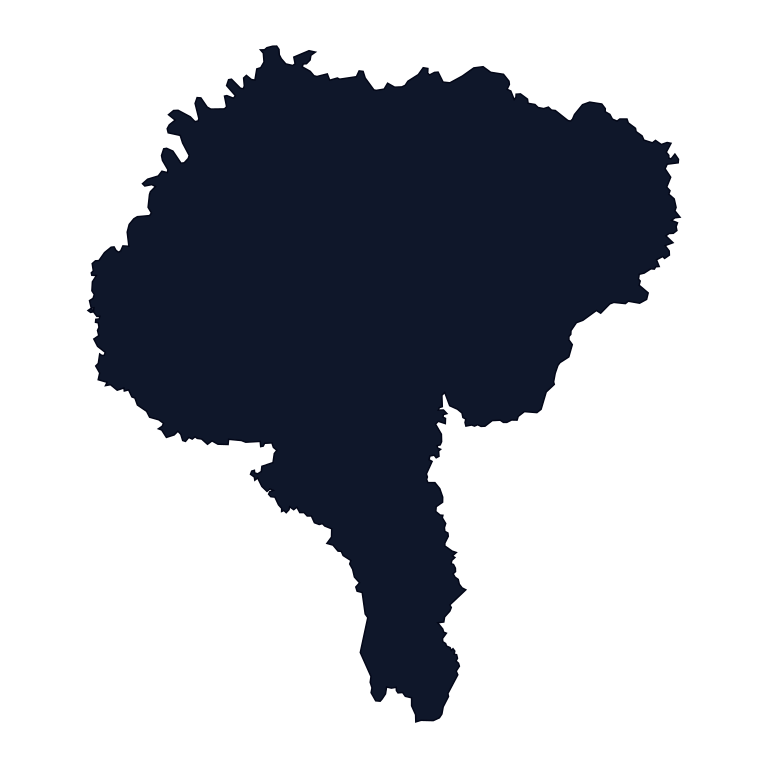 outline of Doverlândia, Goiás, Brazil
{"feature_id": "56859067B97324258200448", "entity_name": "Doverlândia", "entity_type": "district", "adm_level": 2, "iso_a3": "BRA", "parent_name": "Brazil", "parent_adm1": "Goiás", "projection": "albers", "projection_center": [-52.503, -16.899], "detail": "fine", "context": "isolated", "style": "filled", "palette": "ink", "viewbox_px": 768, "rotation_deg": 0, "n_neighbors": 0, "source": "geoboundaries", "source_scale": "gbopen_adm2", "svg_char_len": 6015}
<svg xmlns="http://www.w3.org/2000/svg" viewBox="0 0 768 768"><path d="M91.3,272.8L91.8,275.3L96.4,275.5L92.4,281.8L91.9,290.8L94.3,294.5L93.0,298.4L89.5,300.6L91.3,308.2L93.9,307.7L93.5,311.8L96.9,316.4L99.9,316.3L99.1,319.0L95.8,319.3L95.5,322.3L98.2,322.8L99.0,327.3L97.5,330.4L98.8,335.6L93.8,339.0L97.6,346.4L105.2,352.3L104.3,355.3L101.9,355.5L99.7,354.0L98.3,363.4L95.7,366.0L99.7,373.0L98.2,379.7L107.1,382.3L105.5,385.6L110.5,384.7L117.2,390.2L123.9,388.0L124.3,391.0L128.6,389.9L131.9,396.9L134.9,398.0L137.4,405.0L146.6,411.3L149.6,417.2L158.8,419.8L163.5,423.3L162.2,426.2L158.4,428.8L161.7,430.0L166.4,437.4L174.2,434.9L177.9,431.2L180.8,434.3L182.7,440.5L185.5,441.4L188.8,437.4L192.2,439.1L195.1,436.8L197.2,438.4L201.6,439.0L207.5,444.3L212.0,440.9L217.9,444.2L228.1,444.5L228.6,439.3L241.4,440.5L245.7,442.2L260.2,441.4L260.7,446.6L263.2,446.1L264.6,443.3L271.9,442.9L273.4,447.4L276.9,450.3L274.3,453.5L273.0,462.6L261.9,466.3L261.3,471.5L257.7,473.8L254.7,472.9L254.4,470.3L251.7,471.1L250.5,474.3L254.3,477.0L254.8,480.2L257.7,478.0L261.9,486.5L267.0,491.4L270.0,488.9L273.4,490.4L269.7,491.8L268.6,494.2L270.8,496.7L274.9,497.1L278.5,504.8L281.7,508.4L281.6,511.5L284.0,510.5L286.2,512.7L289.0,509.7L289.6,506.7L293.7,509.7L296.9,507.2L299.8,512.6L304.1,512.6L307.2,516.0L311.4,516.0L314.4,522.7L319.2,524.5L322.4,523.6L324.7,526.0L331.7,528.8L331.5,537.1L326.9,543.4L333.0,545.1L338.0,551.1L341.3,551.4L343.1,555.5L350.9,560.5L349.7,564.0L352.6,569.2L354.4,577.0L359.6,582.8L355.8,587.0L357.1,591.2L362.2,592.5L365.2,614.0L367.8,617.6L360.3,652.5L371.0,676.5L370.2,682.3L372.0,687.8L371.1,692.7L375.7,700.8L380.2,701.2L382.1,699.0L385.5,693.9L386.6,687.0L391.4,688.1L396.2,687.3L396.4,690.6L398.0,692.9L402.6,692.5L405.3,696.3L411.6,697.8L411.6,705.8L415.6,714.7L415.8,721.9L421.0,720.3L433.3,720.6L439.4,717.8L441.9,714.0L443.2,706.8L448.5,696.5L447.9,693.5L457.8,674.8L456.2,671.1L459.4,666.2L458.5,663.2L456.0,661.0L457.5,658.3L456.6,654.7L454.1,654.2L454.8,651.1L453.0,648.7L451.3,650.5L450.1,647.6L446.6,646.1L445.6,643.5L442.8,641.7L442.5,638.5L446.4,633.2L443.6,632.1L442.8,629.1L437.7,622.8L443.8,622.0L444.6,617.0L449.8,611.2L451.3,607.5L449.8,604.9L465.8,589.8L462.1,587.9L459.3,584.2L458.2,579.4L455.1,577.2L453.1,573.8L455.5,571.6L455.4,568.2L453.5,564.5L451.2,563.7L451.8,560.4L454.9,557.5L452.4,555.9L456.3,552.5L452.1,551.1L444.8,545.9L444.9,543.0L448.3,536.3L447.9,533.0L444.9,531.4L444.4,527.7L445.7,523.5L442.3,517.8L442.9,515.3L440.2,515.1L435.8,511.5L436.2,506.7L442.6,502.2L442.7,497.1L439.8,488.7L434.9,482.6L427.9,482.6L426.6,479.4L427.4,477.0L426.4,473.9L432.1,461.4L429.0,459.7L429.9,456.0L434.2,455.2L436.2,457.8L439.0,456.3L438.6,451.0L440.6,449.3L437.7,448.1L437.1,445.6L440.2,444.9L441.6,441.7L441.4,434.2L435.5,424.1L438.3,421.3L445.3,423.6L445.5,418.4L443.0,417.2L443.4,414.6L446.9,413.6L443.5,410.0L438.3,410.2L439.3,407.6L442.3,406.7L441.9,395.3L444.7,392.4L449.7,405.7L457.4,409.2L462.0,413.0L462.9,417.5L465.8,419.1L465.0,422.5L465.9,426.1L471.6,425.0L474.5,426.1L477.7,424.7L481.0,426.4L485.0,426.2L492.2,420.6L500.2,420.2L503.4,422.4L506.8,422.4L511.6,420.0L517.1,420.1L518.2,416.4L524.4,411.6L536.9,412.6L541.1,409.3L546.2,392.0L554.3,384.4L553.6,381.9L555.2,373.3L557.9,365.4L560.0,362.6L568.8,356.9L572.3,344.6L568.9,339.9L568.9,336.5L570.8,334.4L571.0,330.6L576.4,322.7L582.9,320.3L596.4,310.5L600.7,313.2L609.8,303.9L613.8,302.4L625.4,303.6L628.3,301.2L639.6,303.2L646.6,299.4L648.2,292.9L639.1,285.2L640.2,281.0L638.5,279.1L639.2,274.3L644.2,273.1L650.9,268.8L654.4,269.1L655.7,266.8L659.2,266.5L656.5,259.8L662.7,256.5L664.6,258.4L669.4,255.1L669.2,251.0L665.1,245.6L673.0,242.7L665.9,235.9L669.0,233.5L673.3,233.3L676.9,230.5L676.1,226.7L677.5,222.8L671.5,220.4L674.9,217.8L680.0,217.2L674.9,210.8L676.1,207.4L674.2,198.9L668.8,194.2L670.0,190.7L666.7,187.1L670.7,177.2L665.1,168.8L667.2,164.2L678.2,162.8L678.5,159.3L674.9,154.1L671.0,159.0L668.8,157.9L668.8,155.3L666.3,152.2L671.0,143.3L667.1,142.5L661.3,144.5L655.5,140.4L652.4,142.8L643.9,140.1L642.1,135.9L636.1,131.6L635.5,128.3L628.3,122.9L627.0,119.0L619.8,119.0L617.1,121.1L612.4,119.1L609.9,114.4L605.2,111.7L605.3,108.6L601.8,104.0L589.7,102.1L582.5,104.7L574.5,114.5L572.5,119.2L570.5,121.1L567.9,120.5L555.3,110.5L551.5,110.1L548.4,107.1L543.7,108.6L538.1,107.5L535.0,104.5L528.1,103.3L527.5,99.1L520.5,93.9L516.1,94.2L515.9,97.3L514.2,99.6L510.8,91.0L507.1,89.3L509.4,84.4L509.0,81.2L503.5,74.3L490.7,72.3L483.1,66.7L473.8,67.9L462.4,76.0L449.9,82.8L443.1,82.1L438.1,72.1L434.5,72.4L429.5,75.0L427.7,73.1L427.9,68.5L423.2,67.7L418.3,74.6L407.9,81.2L405.2,85.3L401.8,86.9L394.7,87.2L387.6,83.2L384.1,89.1L376.2,90.4L373.9,89.9L365.2,78.0L363.1,71.4L359.1,70.9L356.4,76.7L339.6,79.2L337.4,78.0L329.7,80.2L327.3,73.9L317.0,76.5L314.0,75.8L310.2,71.3L302.2,66.8L303.2,64.0L306.5,63.7L310.1,60.0L310.9,55.3L315.4,52.1L309.0,50.7L293.8,57.1L295.1,63.8L292.8,65.5L285.8,63.9L281.3,58.7L279.3,54.8L279.0,49.4L276.7,46.1L272.6,46.2L266.9,47.7L264.5,49.8L260.5,49.9L263.3,53.1L264.0,62.0L260.7,67.7L256.8,68.9L254.9,80.1L251.4,79.5L246.4,75.4L243.6,78.0L244.3,86.0L243.3,88.7L240.5,88.3L231.5,79.2L228.6,79.7L226.6,85.6L235.4,95.7L233.4,98.2L226.8,95.6L224.5,96.1L226.6,106.7L224.4,108.9L210.8,109.1L207.2,107.1L200.9,97.9L197.1,97.6L195.1,103.4L198.9,118.7L198.0,121.0L194.9,121.6L190.3,116.8L178.1,110.3L173.6,110.5L168.5,114.7L175.2,120.1L169.3,124.8L167.2,128.7L168.2,132.8L180.2,135.4L182.6,143.0L189.2,155.5L188.2,158.5L184.2,162.8L181.0,163.2L172.9,151.1L166.6,148.3L163.7,148.8L161.5,155.6L162.5,160.5L167.9,169.7L167.4,172.6L161.9,171.2L158.2,176.0L147.6,179.2L142.5,183.7L144.8,186.0L151.8,184.6L155.5,186.5L150.4,191.7L149.5,194.4L148.1,207.3L151.4,212.9L149.6,215.6L137.3,216.7L133.8,218.8L129.2,224.4L127.2,232.1L128.9,246.3L122.9,245.9L120.7,250.9L118.5,252.2L116.0,250.4L114.1,246.9L111.1,247.2L104.5,252.6L98.9,260.6L95.4,260.8L92.2,263.6L93.3,270.9L91.3,272.8ZM93.5,311.8L91.3,308.2L88.0,310.5L90.6,312.4L93.5,311.8Z" fill="#0f172a" stroke="#020617" stroke-width="1.5"/></svg>